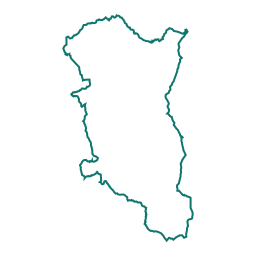 Guaranda, Bolivar, Ecuador
{"feature_id": "8360857B44914689230683", "entity_name": "Guaranda", "entity_type": "district", "adm_level": 2, "iso_a3": "ECU", "parent_name": "Ecuador", "parent_adm1": "Bolivar", "projection": "equal_earth", "projection_center": [-79.091, -1.439], "detail": "fine", "context": "isolated", "style": "outline", "palette": "teal", "viewbox_px": 256, "rotation_deg": 0, "n_neighbors": 0, "source": "geoboundaries", "source_scale": "gbopen_adm2", "svg_char_len": 5695}
<svg xmlns="http://www.w3.org/2000/svg" viewBox="0 0 256 256"><path d="M187.5,31.6L186.4,29.6L185.4,29.8L185.5,31.7L183.0,33.8L177.9,31.8L174.0,31.0L172.3,29.1L169.4,28.2L168.5,29.1L166.5,30.3L165.8,33.0L164.3,34.0L163.9,35.8L163.4,36.5L162.6,37.0L162.6,38.2L163.0,38.9L162.9,39.2L161.4,39.3L161.0,40.1L159.5,41.2L158.8,40.6L158.4,39.3L156.7,39.5L156.4,39.9L155.3,39.5L154.7,40.5L153.8,40.5L153.4,41.4L152.5,40.9L152.5,41.8L151.8,42.7L151.1,42.6L150.7,41.7L149.8,42.1L148.7,41.3L146.5,41.1L143.7,40.2L141.2,38.4L140.1,38.1L139.6,37.7L138.8,36.7L138.6,35.5L137.5,33.9L135.8,33.2L135.3,33.7L134.4,33.7L133.8,32.6L133.9,32.0L133.7,30.4L132.4,29.6L131.0,29.7L130.6,29.4L130.1,28.8L130.0,27.6L128.7,27.5L127.6,26.5L127.5,26.1L126.8,25.5L126.7,24.5L126.3,23.9L124.7,22.8L124.4,21.2L123.9,20.8L123.7,20.0L122.3,18.7L121.9,17.7L120.2,17.4L119.8,16.5L118.8,15.8L117.1,15.7L116.7,15.4L115.8,16.8L114.9,17.6L114.2,17.5L112.8,16.3L112.0,16.3L110.8,18.6L110.2,18.6L109.0,20.4L108.3,19.9L108.1,19.1L107.7,18.7L106.8,18.6L105.7,17.4L104.2,18.8L103.9,19.3L103.3,19.3L102.3,20.1L101.5,19.9L100.6,20.1L99.1,19.4L98.3,20.1L97.1,20.2L96.4,20.8L96.3,21.9L95.7,22.7L94.2,23.2L92.0,22.7L91.6,23.2L91.0,23.1L90.5,23.5L89.6,23.3L87.3,23.7L86.5,24.9L83.7,25.0L82.8,26.9L82.6,27.9L81.4,29.5L80.3,29.9L79.3,31.9L78.6,32.5L78.5,33.1L77.1,34.3L76.0,34.6L75.7,35.2L74.1,35.3L73.6,36.2L72.6,36.8L72.3,37.9L70.1,38.5L68.2,36.7L67.8,36.7L66.4,37.4L66.5,44.7L64.6,46.0L63.3,48.4L64.7,52.0L65.6,52.9L65.5,53.5L65.9,53.4L66.2,53.7L66.3,54.2L66.8,54.6L66.5,54.8L67.0,55.0L67.0,54.6L67.5,54.2L68.9,54.3L69.4,54.0L69.4,54.8L70.1,55.8L70.5,55.9L70.6,57.4L71.3,58.7L79.1,67.1L79.3,67.8L79.2,69.3L80.0,71.8L80.3,74.1L80.9,74.8L81.6,74.9L81.9,75.6L81.9,76.6L82.9,79.6L82.9,80.4L83.8,79.9L84.6,80.1L85.5,79.7L89.5,79.6L89.6,80.0L89.6,82.1L90.0,83.2L90.1,84.7L89.3,86.0L87.6,86.9L87.0,86.7L86.1,88.3L84.9,88.9L82.1,88.4L80.7,90.1L79.7,90.2L79.4,91.0L77.7,91.4L77.0,91.9L76.2,91.8L75.0,92.4L74.3,92.1L73.2,92.3L72.4,93.5L71.8,93.7L71.3,94.2L72.0,95.4L72.7,95.7L73.4,96.4L74.1,95.9L75.0,96.3L75.8,96.0L77.1,96.1L77.6,96.4L78.9,98.7L79.0,99.7L78.8,100.8L79.6,102.2L80.3,102.7L81.1,104.0L81.3,105.4L81.2,106.1L81.7,106.8L82.0,106.8L84.3,104.6L85.3,104.1L84.8,105.9L85.4,108.5L85.3,110.5L86.8,114.3L84.8,116.3L84.7,118.8L84.3,119.8L83.2,121.1L83.8,121.4L84.1,122.3L84.1,123.0L84.4,123.4L84.6,124.2L85.2,124.9L85.1,125.2L85.4,126.2L85.9,127.1L86.1,128.8L85.5,130.4L85.7,131.2L86.6,131.9L87.2,134.1L87.2,135.5L87.5,136.7L87.7,137.3L88.0,137.4L88.6,138.3L89.9,141.2L90.5,141.8L91.0,143.6L90.9,144.6L91.2,146.3L91.7,147.1L91.8,148.4L92.2,149.0L92.0,149.8L92.3,150.2L92.4,153.8L93.7,155.7L95.1,156.4L95.7,156.2L98.0,158.1L97.1,160.1L96.2,160.5L95.9,161.0L95.4,161.0L94.1,161.8L92.6,161.4L92.2,161.1L92.1,160.5L91.8,161.3L91.2,161.6L90.5,161.6L90.4,161.1L89.8,161.1L89.4,161.7L89.1,161.3L88.1,161.5L87.1,161.0L86.2,160.0L85.2,159.9L83.8,160.2L82.5,161.3L81.4,163.4L80.5,164.7L80.0,165.0L80.3,166.3L80.9,167.5L80.7,168.4L80.8,170.1L81.3,171.2L81.5,173.0L81.9,173.6L82.0,174.9L84.0,176.0L84.8,177.4L84.7,178.2L85.8,176.9L86.9,176.3L87.9,176.4L88.3,176.0L89.4,176.4L89.9,176.1L90.7,176.1L91.4,175.2L91.9,175.5L95.0,174.2L96.1,173.3L97.1,171.9L97.7,172.5L98.0,173.4L98.5,173.9L100.7,174.5L101.2,180.3L100.9,181.2L99.8,182.1L101.0,182.6L101.9,184.1L102.8,184.2L103.6,183.8L104.4,181.4L105.2,181.0L105.9,181.1L106.4,181.7L106.6,182.3L106.9,182.6L107.1,183.3L108.3,184.4L109.3,186.4L109.8,186.5L110.4,187.8L113.2,190.5L114.0,191.9L115.7,193.6L117.3,193.4L118.0,194.3L119.5,194.7L123.3,194.5L124.6,195.0L126.0,196.3L127.2,197.0L127.3,199.3L128.0,200.7L129.5,200.1L131.0,200.6L131.6,200.0L132.2,200.4L133.1,200.5L133.3,201.0L133.8,201.0L134.4,201.7L136.6,201.5L137.0,202.0L138.1,202.6L139.8,202.3L141.0,202.9L142.1,205.7L143.3,206.4L143.8,206.3L144.6,206.6L145.3,207.6L146.1,207.8L145.9,209.5L145.4,210.9L145.6,211.3L145.5,211.9L146.1,212.6L145.9,214.0L146.3,214.4L146.0,214.7L146.2,215.1L146.0,215.4L146.1,216.5L145.7,216.8L145.9,218.2L145.2,220.7L145.1,221.6L145.5,221.9L145.1,222.2L145.2,222.7L144.6,223.9L145.7,224.6L145.8,225.5L146.6,226.3L147.0,227.3L148.1,229.0L150.5,230.9L152.3,230.9L153.8,231.6L155.2,231.3L157.3,231.6L161.0,233.2L163.6,236.1L164.1,237.2L165.1,238.7L165.9,239.3L166.6,240.6L169.0,237.8L169.7,237.9L170.8,238.7L172.4,238.6L173.3,239.7L176.4,237.1L179.9,235.3L182.1,235.3L183.4,236.7L183.7,237.6L184.2,237.7L186.3,236.8L186.2,233.8L186.9,230.5L187.0,228.2L188.0,226.1L187.4,221.4L188.0,220.2L189.0,219.4L191.6,218.9L192.1,218.2L192.3,216.4L192.7,214.7L192.5,212.2L190.6,208.0L190.6,198.6L190.5,197.7L189.2,197.0L187.2,196.5L185.8,195.5L184.6,195.5L184.1,194.8L183.4,195.2L182.8,195.1L179.1,190.8L177.4,190.8L177.5,188.6L176.9,186.7L177.2,185.1L178.8,183.5L180.5,176.8L180.6,174.1L181.1,172.3L180.8,170.1L181.3,167.7L180.7,163.7L182.2,160.5L182.3,159.9L185.7,154.9L183.3,149.9L183.3,149.0L182.2,144.7L182.0,142.7L181.4,141.0L181.5,138.7L181.3,137.9L182.0,137.8L182.6,137.3L181.4,136.2L180.4,135.8L179.7,133.7L177.7,129.8L176.3,128.5L174.1,125.2L173.9,125.2L173.8,124.5L174.3,123.5L174.3,122.6L172.8,120.7L172.5,119.7L172.2,119.0L172.2,118.3L171.7,116.8L171.1,116.8L169.8,115.9L169.4,115.1L168.8,114.8L168.1,113.7L167.3,113.6L168.7,112.0L169.1,110.4L169.1,109.8L167.5,106.6L168.7,104.0L168.8,103.3L167.0,99.7L165.9,98.2L165.5,96.6L165.7,94.9L167.2,93.6L168.6,93.0L169.3,90.9L170.3,90.0L170.4,89.2L170.0,86.9L172.1,84.4L172.3,82.9L173.4,81.8L176.9,72.2L177.3,70.8L177.4,69.1L178.4,67.8L178.4,66.2L179.1,63.5L180.2,61.5L180.0,60.2L180.1,59.2L181.8,57.9L179.8,56.0L179.0,54.7L178.9,53.1L178.2,50.5L179.3,47.3L178.6,44.9L178.6,43.4L182.1,38.2L184.2,36.3L185.2,34.1L186.7,33.0L187.5,31.6Z" fill="none" stroke="#0f766e" stroke-width="2"/></svg>